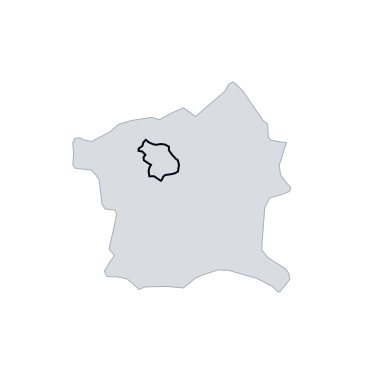 Vučitrn on a map of Kosovo (Mercator projection), rotated 300°
{"feature_id": "KOS-5895", "entity_name": "Vučitrn", "entity_type": "District", "adm_level": 1, "iso_a3": "XKX", "parent_name": "Kosovo", "parent_adm1": "", "projection": "mercator", "projection_center": [20.969, 42.808], "detail": "fine", "context": "in_parent", "style": "outline", "palette": "ink", "viewbox_px": 384, "rotation_deg": 300, "n_neighbors": 0, "source": "natural_earth", "source_scale": "10m", "svg_char_len": 1488}
<svg xmlns="http://www.w3.org/2000/svg" viewBox="0 0 384 384"><g transform="rotate(300 192 192)"><path d="M118.6,143.3L135.3,137.8L137.7,133.9L133.9,125.6L136.1,120.4L156.1,105.5L159.4,98.7L160.6,93.4L157.9,87.8L154.2,78.9L156.0,75.2L166.4,70.1L174.8,64.2L179.8,63.7L183.0,68.0L183.0,72.4L185.7,79.9L191.9,83.9L202.3,90.4L214.3,94.9L223.7,103.9L236.5,119.8L238.5,127.7L250.0,134.7L260.7,142.6L259.1,157.3L295.6,170.1L303.8,170.0L307.7,172.2L307.6,175.6L304.7,185.8L289.7,217.2L288.5,223.7L277.8,230.5L276.3,234.4L279.3,243.0L282.1,249.1L281.9,249.1L258.9,254.1L251.2,260.0L246.6,270.4L245.1,275.7L241.0,275.9L234.3,270.6L225.7,262.2L214.6,262.9L176.8,281.1L173.1,290.6L172.3,311.2L169.7,316.7L165.6,320.3L150.0,318.1L148.4,316.7L150.4,308.8L149.6,291.5L142.5,262.9L137.5,253.5L127.2,244.1L119.1,238.0L104.6,232.5L97.3,216.7L86.2,198.7L80.9,194.6L81.8,192.8L84.3,179.2L81.1,169.3L76.3,160.9L79.6,155.7L89.8,155.8L98.2,156.7L101.2,148.6L118.6,143.3Z" fill="#d9dde1" stroke="#a8b0b8" stroke-width="1"/><path d="M202.9,124.1L207.1,126.0L210.5,125.1L214.1,125.9L213.4,130.0L214.0,134.8L215.1,137.6L217.9,140.9L219.6,144.8L219.7,149.4L216.5,151.2L214.2,156.4L212.7,161.2L212.4,163.9L208.9,167.2L202.7,169.6L199.6,167.8L196.7,164.7L193.3,160.3L190.9,159.4L187.8,159.8L186.1,159.4L186.4,155.1L186.7,151.4L184.3,147.2L188.5,143.9L191.9,142.9L195.0,142.9L195.0,140.1L195.4,134.5L197.8,132.6L200.9,133.1L202.2,128.8L200.9,125.1L202.9,124.1Z" fill="none" stroke="#020617" stroke-width="2"/></g></svg>